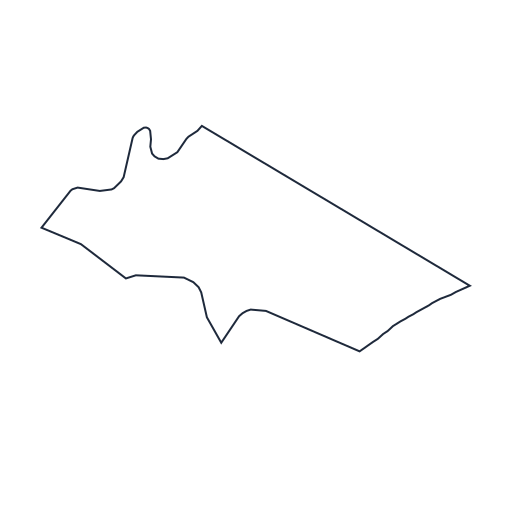 the London Borough of Haringey, rotated 26°
{"feature_id": "GBR-2766", "entity_name": "Haringey", "entity_type": "London Borough", "adm_level": 1, "iso_a3": "GBR", "parent_name": "United Kingdom", "parent_adm1": "", "projection": "equal_earth", "projection_center": [-0.107, 51.584], "detail": "fine", "context": "isolated", "style": "outline", "palette": "slate", "viewbox_px": 512, "rotation_deg": 26, "n_neighbors": 0, "source": "natural_earth", "source_scale": "10m", "svg_char_len": 896}
<svg xmlns="http://www.w3.org/2000/svg" viewBox="0 0 512 512"><g transform="rotate(26 256 256)"><path d="M262.8,349.2L238.7,332.6L222.7,312.7L218.1,309.2L211.2,307.0L200.7,307.0L156.5,326.0L148.9,333.2L93.5,322.1L50.8,324.6L60.7,278.6L61.7,276.5L65.7,272.7L87.1,266.0L97.0,259.5L98.7,257.3L102.0,248.1L102.5,243.2L93.4,204.1L93.3,202.3L93.6,200.6L94.9,196.4L98.9,189.9L100.9,188.7L102.5,188.5L104.1,188.7L106.0,189.9L110.5,197.2L113.1,204.1L117.7,209.5L121.1,210.9L125.6,211.3L130.3,209.5L133.8,206.9L139.8,197.2L142.1,181.3L143.0,178.4L148.5,169.2L150.3,162.8L461.2,189.0L451.5,200.6L448.3,205.3L440.3,213.8L434.9,221.2L433.1,224.5L424.8,236.2L422.9,239.4L419.7,243.7L417.8,246.9L414.6,251.3L409.8,259.0L407.3,265.6L404.5,270.3L401.8,277.1L398.8,282.0L390.9,296.3L289.0,301.0L274.7,306.5L271.6,309.5L269.0,313.3L267.2,317.5L262.8,349.2Z" fill="none" stroke="#1e293b" stroke-width="2"/></g></svg>